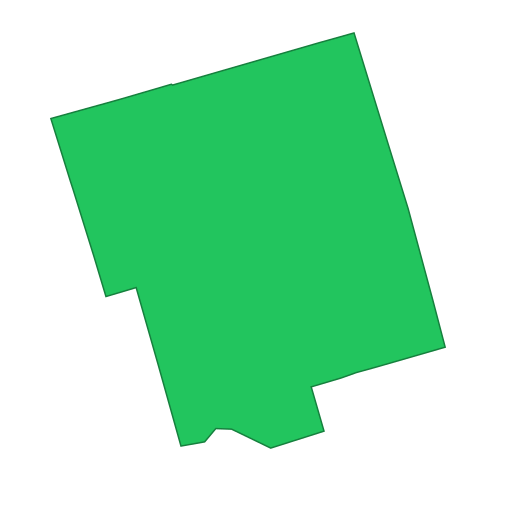 outline of Morgan, Indiana, United States of America, rotated 254°
{"feature_id": "52423323B18184838722904", "entity_name": "Morgan", "entity_type": "district", "adm_level": 2, "iso_a3": "USA", "parent_name": "United States of America", "parent_adm1": "Indiana", "projection": "natural_earth1", "projection_center": [-86.497, 39.486], "detail": "fine", "context": "isolated", "style": "filled", "palette": "green", "viewbox_px": 512, "rotation_deg": 254, "n_neighbors": 0, "source": "geoboundaries", "source_scale": "gbopen_adm2", "svg_char_len": 510}
<svg xmlns="http://www.w3.org/2000/svg" viewBox="0 0 512 512"><g transform="rotate(254 256 256)"><path d="M68.9,273.1L115.0,273.0L115.3,304.4L116.3,320.1L116.1,342.0L116.2,406.0L116.2,412.7L165.0,413.8L259.6,415.3L331.4,413.8L443.4,411.7L443.6,376.0L443.3,222.9L444.4,222.0L444.1,167.5L444.7,96.7L378.8,98.2L370.5,98.5L299.9,100.1L283.3,100.3L258.4,100.6L258.7,132.1L177.5,132.0L94.0,131.5L91.5,155.4L101.2,169.8L96.3,184.8L67.3,217.2L68.9,273.1Z" fill="#22c55e" stroke="#15803d" stroke-width="1.5"/></g></svg>